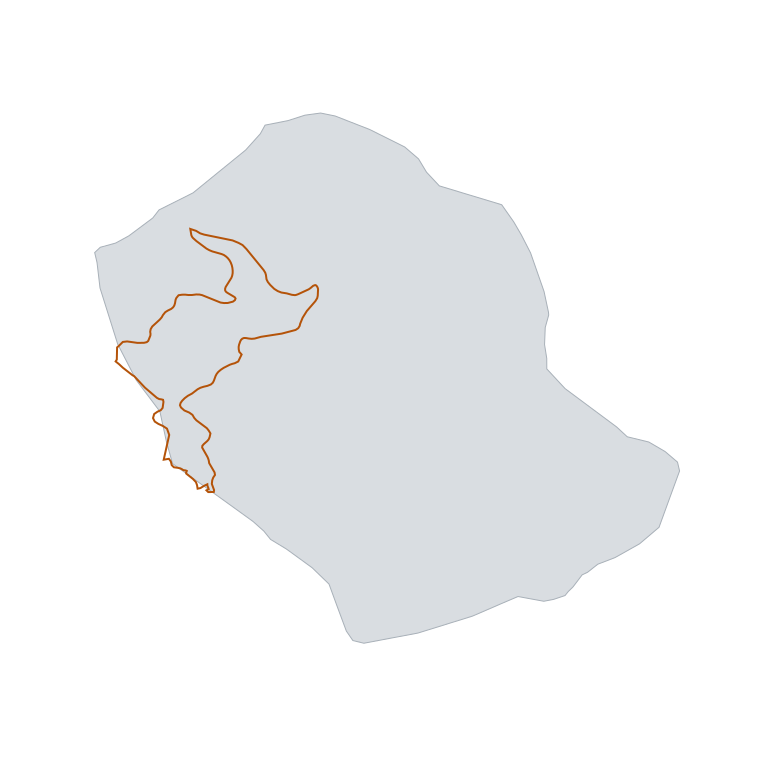 location of Leribe within Lesotho, rotated 278°
{"feature_id": "LSO-1212", "entity_name": "Leribe", "entity_type": "District", "adm_level": 1, "iso_a3": "LSO", "parent_name": "Lesotho", "parent_adm1": "", "projection": "equal_earth", "projection_center": [28.234, -29.023], "detail": "fine", "context": "in_parent", "style": "outline", "palette": "amber", "viewbox_px": 768, "rotation_deg": 278, "n_neighbors": 0, "source": "natural_earth", "source_scale": "10m", "svg_char_len": 3739}
<svg xmlns="http://www.w3.org/2000/svg" viewBox="0 0 768 768"><g transform="rotate(278 384 384)"><path d="M497.9,529.6L477.9,536.9L475.2,537.5L462.4,535.8L445.4,537.5L432.0,541.6L421.6,543.1L404.6,564.0L373.8,620.4L365.6,632.2L363.4,654.3L356.2,671.8L347.5,685.5L339.0,688.8L313.3,683.3L280.4,676.3L261.3,659.3L244.3,637.0L235.3,620.8L225.9,611.8L222.6,606.8L209.2,599.3L204.2,595.4L199.7,592.7L194.3,581.9L191.1,572.5L192.2,546.3L182.8,530.7L166.5,504.0L156.2,482.2L142.1,452.3L133.5,426.8L124.5,400.2L125.6,388.9L134.1,381.1L158.9,367.7L178.2,357.4L192.0,338.5L207.0,310.3L214.3,293.3L221.6,285.5L229.6,273.5L243.6,247.0L259.1,217.4L275.7,185.7L296.8,176.5L325.6,165.9L353.3,138.2L386.3,114.8L439.6,89.4L464.4,82.9L473.9,79.2L479.9,84.0L486.2,98.6L495.2,110.7L516.2,131.9L525.1,137.0L546.7,168.3L569.9,189.8L596.5,214.5L614.6,226.7L623.8,230.2L631.4,252.1L639.2,268.3L643.5,283.5L642.6,298.3L634.0,334.5L621.6,371.5L611.7,386.9L599.7,396.6L587.9,411.2L583.3,440.8L577.9,475.6L562.6,489.9L550.7,499.3L534.2,510.9L497.9,529.6Z" fill="#d9dde1" stroke="#a8b0b8" stroke-width="1"/><path d="M371.0,116.0L383.1,114.6L384.8,116.1L389.3,119.5L390.4,123.7L390.4,134.1L391.4,140.6L392.4,143.2L393.8,144.5L399.4,145.9L401.2,145.8L403.1,145.2L405.8,145.3L408.7,146.5L416.6,153.0L419.1,154.6L421.5,155.5L424.7,157.4L426.7,159.8L428.8,162.9L430.6,164.5L432.5,165.4L434.9,165.8L438.5,165.9L440.3,166.4L443.3,168.2L444.3,171.5L444.8,174.6L444.9,178.1L445.4,181.4L446.5,185.5L446.9,188.7L446.7,191.5L441.9,210.8L441.9,214.3L442.5,218.0L444.5,222.9L446.3,224.7L448.0,225.1L449.1,224.2L449.7,222.9L452.5,216.2L453.4,214.6L454.5,213.7L456.1,213.4L458.0,213.7L467.9,218.1L470.2,218.6L472.7,218.7L475.1,218.4L477.9,217.7L480.5,216.7L483.0,215.3L485.0,213.8L486.9,211.8L488.3,209.8L489.5,207.4L490.1,205.0L491.4,195.5L492.2,192.4L493.4,189.3L499.4,178.4L502.0,174.5L503.2,173.3L504.6,172.5L510.6,170.6L509.5,176.6L507.6,181.0L506.9,185.1L505.1,214.1L503.5,220.3L501.9,224.6L498.5,229.0L480.1,248.9L477.7,250.9L475.6,251.9L471.3,253.1L468.8,254.8L466.3,257.5L462.9,262.1L461.2,265.9L460.3,269.6L460.2,275.1L459.5,280.3L459.6,283.5L460.0,284.6L461.0,286.5L467.3,296.3L468.8,297.9L471.3,300.1L472.2,301.6L472.4,302.6L471.7,303.7L470.4,304.8L468.8,305.5L462.2,306.1L459.7,305.9L456.5,304.5L445.5,297.4L438.3,294.2L432.0,292.6L429.8,292.4L427.3,291.3L425.2,288.9L419.7,275.8L413.6,255.6L411.0,249.6L410.3,246.6L410.2,243.7L410.3,241.0L410.1,239.0L409.2,237.4L407.8,236.3L406.2,235.7L402.7,235.0L400.5,234.9L398.2,235.3L395.7,236.2L393.4,238.9L386.0,236.5L383.8,233.3L382.8,230.9L381.6,228.6L377.7,223.0L375.4,220.4L372.9,218.2L370.7,216.9L368.5,216.1L363.7,215.1L361.4,214.3L359.4,212.6L357.6,209.4L356.2,205.8L354.7,202.7L352.8,200.1L347.8,195.2L345.0,191.4L342.2,188.6L339.4,186.5L336.9,185.2L334.6,184.9L332.5,186.2L330.0,190.0L328.6,195.1L326.8,198.6L324.0,200.8L321.9,203.3L315.6,214.7L313.5,216.9L310.9,219.0L307.1,218.7L304.8,218.1L302.9,216.9L299.4,213.9L297.5,212.7L295.7,212.8L287.4,219.2L285.8,220.2L283.9,221.1L281.3,221.9L272.9,228.5L270.4,229.3L267.6,227.9L264.8,227.3L261.1,227.4L255.3,230.5L253.4,230.5L252.5,225.0L254.0,223.0L255.5,225.0L256.6,224.5L258.7,223.3L260.1,223.0L258.2,220.1L255.4,216.7L254.4,214.0L257.9,212.9L260.7,211.4L263.4,208.0L267.7,200.7L268.5,200.3L269.6,200.7L270.5,200.8L270.8,199.6L270.8,197.4L271.1,196.5L271.6,195.6L272.1,194.0L272.3,191.6L272.3,187.5L274.1,185.1L277.6,183.7L280.0,181.4L278.4,176.4L303.7,178.4L309.6,175.3L311.7,170.8L313.1,166.1L314.9,162.2L318.1,160.0L322.3,160.6L325.0,163.5L327.0,166.6L329.5,168.1L335.6,168.1L337.6,167.4L337.8,165.7L337.8,163.4L338.7,161.0L347.1,147.8L357.0,135.5L357.7,133.7L363.8,123.1L366.8,118.8L369.0,115.1L371.0,116.0Z" fill="none" stroke="#b45309" stroke-width="2"/></g></svg>